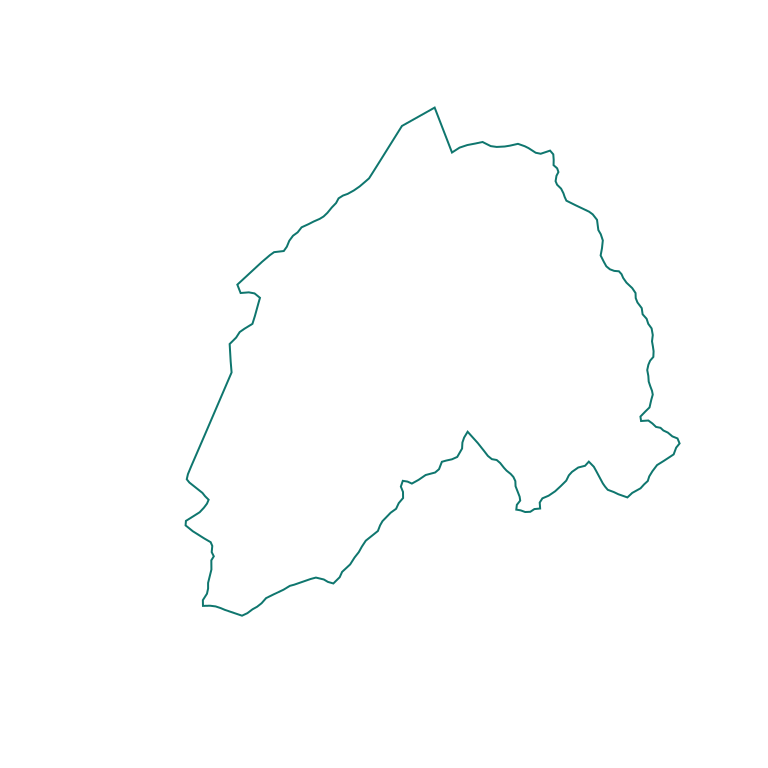 outline of Sucupira do Riachão, Maranhão, Brazil, rotated 61°
{"feature_id": "56859067B5688637877218", "entity_name": "Sucupira do Riachão", "entity_type": "district", "adm_level": 2, "iso_a3": "BRA", "parent_name": "Brazil", "parent_adm1": "Maranhão", "projection": "natural_earth1", "projection_center": [-43.453, -6.435], "detail": "fine", "context": "isolated", "style": "outline", "palette": "teal", "viewbox_px": 768, "rotation_deg": 61, "n_neighbors": 0, "source": "geoboundaries", "source_scale": "gbopen_adm2", "svg_char_len": 3225}
<svg xmlns="http://www.w3.org/2000/svg" viewBox="0 0 768 768"><g transform="rotate(61 384 384)"><path d="M551.2,254.6L553.0,247.8L551.2,242.5L558.1,240.6L563.5,240.6L577.1,240.8L580.9,240.4L585.0,239.6L589.9,235.4L594.0,232.5L601.2,226.1L599.6,219.7L599.6,214.5L599.6,210.2L597.9,205.2L596.7,200.3L593.4,196.8L590.4,191.5L587.3,184.5L586.9,176.7L586.5,171.2L586.0,164.8L581.3,159.3L579.3,154.3L573.9,153.7L569.6,157.2L564.1,159.3L560.1,162.2L556.4,163.4L553.4,166.9L548.6,168.4L544.1,170.5L541.0,177.1L536.8,175.5L534.8,168.9L533.2,163.1L527.4,157.9L523.6,154.1L519.9,152.9L515.1,152.2L510.2,151.3L505.1,148.9L499.4,147.0L495.3,143.4L492.6,139.9L490.9,135.3L486.0,132.3L481.5,130.6L476.6,128.9L471.5,125.2L465.1,123.0L459.5,123.7L454.3,122.7L448.4,124.0L442.6,121.8L435.6,122.8L430.9,122.2L426.4,119.9L420.5,120.4L412.9,122.8L407.2,123.4L403.1,123.0L399.3,123.9L396.7,127.8L393.2,130.8L388.9,132.5L383.6,132.5L376.6,132.2L370.9,127.5L364.5,123.0L358.1,121.8L353.3,121.9L348.7,120.1L343.7,118.1L336.8,119.2L332.7,121.1L325.4,126.3L320.8,129.6L312.1,135.6L308.0,135.3L304.2,134.6L299.0,134.4L293.6,136.0L289.8,135.6L285.5,132.2L283.2,128.7L279.3,128.0L274.8,129.6L270.2,126.9L265.2,124.6L260.4,125.6L258.6,135.3L255.3,139.2L247.8,143.2L244.3,145.6L238.9,150.4L236.6,158.3L234.8,163.3L231.3,170.5L227.7,175.3L220.1,180.5L218.0,187.4L215.4,195.3L213.9,203.3L214.5,212.3L166.8,205.7L167.0,243.2L188.1,281.3L193.7,291.5L196.9,297.4L198.1,303.1L199.4,309.5L200.1,316.5L200.1,323.6L199.3,328.5L199.6,333.7L202.5,338.2L204.3,344.1L206.9,350.6L208.2,355.6L208.4,360.2L207.8,366.7L207.6,372.5L207.0,380.1L209.5,386.0L210.2,391.7L212.8,397.4L216.8,402.4L219.1,407.2L217.1,412.1L215.4,416.2L216.0,421.4L218.0,431.4L226.0,464.1L234.9,465.3L238.3,457.8L242.0,453.3L248.5,450.7L252.0,454.2L257.6,459.7L261.9,463.9L267.6,469.9L268.0,479.2L268.6,485.0L271.7,490.8L274.2,499.6L290.0,507.2L300.0,511.7L342.0,565.9L362.1,592.0L367.8,599.2L371.7,602.7L375.8,602.0L391.2,595.6L395.4,594.9L400.2,593.5L402.8,596.8L404.9,601.5L406.8,607.4L407.7,623.6L411.5,626.1L420.1,622.6L432.1,616.0L438.3,612.3L442.4,612.7L447.5,616.2L452.2,616.4L454.5,620.5L462.6,624.9L472.7,634.3L477.6,637.0L481.6,640.5L485.2,647.2L490.3,649.9L493.6,643.6L496.9,639.1L500.8,635.5L504.5,632.6L517.8,620.5L518.2,614.6L517.3,608.2L517.3,603.0L516.4,597.4L514.1,590.9L514.5,582.4L515.2,571.6L514.9,564.2L516.0,559.8L519.0,542.6L520.3,537.4L525.8,531.4L529.9,529.0L533.9,525.0L531.5,516.4L528.0,511.7L525.4,501.1L521.5,493.9L518.8,487.5L515.5,482.2L512.2,475.9L510.9,468.2L509.6,460.6L505.7,455.9L503.2,451.8L499.8,440.6L499.0,433.9L495.3,428.8L493.0,422.6L487.6,419.7L481.9,419.0L477.8,414.5L480.8,410.7L484.6,407.9L484.6,400.2L483.8,391.7L486.2,382.2L485.2,377.2L480.1,371.1L481.1,366.8L482.8,361.1L483.3,355.3L478.3,347.0L473.2,343.8L469.7,339.9L466.3,334.0L481.1,330.6L490.7,329.0L497.3,328.0L502.0,326.1L505.1,322.3L509.4,320.7L515.5,319.7L519.2,318.8L524.1,316.8L528.0,315.9L532.6,316.2L537.2,318.5L548.3,320.0L552.0,321.4L554.1,326.4L558.0,329.2L560.8,325.7L564.4,322.6L566.7,318.0L566.3,313.1L568.6,307.8L563.2,305.3L560.8,300.9L561.5,294.2L560.8,286.3L558.9,278.6L556.9,271.5L553.5,266.6L552.0,262.2L551.2,254.6Z" fill="none" stroke="#0f766e" stroke-width="2"/></g></svg>